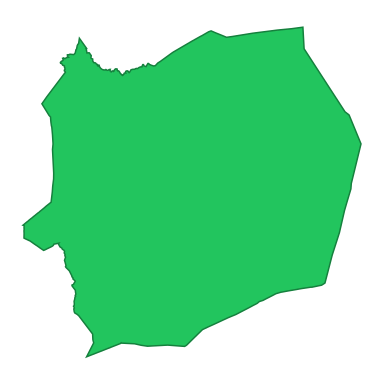 outline of San Esteban Atatlahuca, Oaxaca, Mexico
{"feature_id": "50627088B77951750237496", "entity_name": "San Esteban Atatlahuca", "entity_type": "district", "adm_level": 2, "iso_a3": "MEX", "parent_name": "Mexico", "parent_adm1": "Oaxaca", "projection": "albers", "projection_center": [-97.721, 17.074], "detail": "fine", "context": "isolated", "style": "filled", "palette": "green", "viewbox_px": 384, "rotation_deg": 0, "n_neighbors": 0, "source": "geoboundaries", "source_scale": "gbopen_adm2", "svg_char_len": 4425}
<svg xmlns="http://www.w3.org/2000/svg" viewBox="0 0 384 384"><path d="M304.1,48.8L302.9,27.2L291.7,28.7L277.3,30.1L252.8,33.2L232.4,36.5L226.5,37.3L223.2,35.9L219.0,34.2L215.5,32.8L211.1,30.9L208.6,31.8L201.7,35.8L201.1,36.1L200.8,36.2L191.7,41.3L183.0,46.4L173.4,52.0L171.9,53.0L164.2,58.6L160.2,61.5L157.8,63.0L155.3,65.7L155.1,65.7L153.7,66.0L152.8,65.7L151.5,65.3L149.6,64.5L148.6,63.5L147.9,63.5L146.0,66.6L144.0,65.9L143.5,64.6L142.8,64.6L142.3,65.5L142.0,66.8L140.6,66.9L139.2,67.4L138.5,67.9L137.4,68.6L136.3,68.4L135.5,68.7L134.5,69.3L132.7,69.3L132.1,69.5L131.1,69.7L130.2,71.1L129.9,71.8L129.1,72.6L128.6,72.0L128.3,71.4L128.1,71.5L127.5,70.9L126.7,70.9L125.9,71.2L125.6,71.7L125.5,72.1L125.4,72.6L125.6,73.0L125.1,72.9L124.5,73.1L124.1,73.3L124.0,73.7L124.0,74.1L123.4,74.5L123.2,75.0L122.6,75.5L122.1,75.3L121.9,74.6L121.2,74.4L120.9,73.8L120.4,73.5L119.5,71.9L118.7,70.9L118.2,70.8L117.8,70.9L117.3,70.4L117.1,69.0L115.8,68.8L114.9,69.3L114.4,69.9L114.1,70.8L113.6,71.4L112.9,70.8L111.2,71.9L110.8,71.0L109.9,70.7L109.9,70.1L110.2,69.4L109.2,69.5L108.2,70.2L107.1,70.4L105.9,69.5L105.4,70.0L103.5,69.9L101.9,69.3L100.5,68.1L99.6,66.8L99.1,65.2L98.3,65.3L98.0,66.0L97.5,65.6L97.7,64.7L97.4,64.4L96.6,64.3L95.6,63.0L94.7,62.7L93.9,62.7L93.3,61.9L92.8,61.3L92.7,59.0L91.3,58.4L90.9,57.6L91.0,57.0L91.2,56.2L91.2,55.4L90.6,54.8L89.4,52.9L88.9,52.8L86.9,52.9L86.6,50.7L86.2,49.9L86.7,48.6L86.0,48.3L86.3,48.0L79.4,38.3L78.6,43.6L77.8,44.4L77.2,45.7L76.6,48.9L76.4,49.2L76.0,49.6L75.3,52.6L75.1,53.1L74.8,53.6L73.7,54.6L72.0,54.4L70.9,54.3L69.9,54.2L68.8,54.9L68.4,54.7L67.4,54.8L67.5,56.4L68.4,57.3L67.3,57.4L65.9,58.0L64.9,58.7L63.7,57.9L62.6,58.3L63.2,59.8L62.8,60.6L62.1,60.9L61.7,61.2L61.1,61.5L60.8,62.1L60.4,62.4L60.6,63.3L61.6,63.5L62.7,65.2L64.4,65.9L64.4,67.1L64.8,67.6L65.0,69.4L64.4,70.0L64.3,70.8L65.1,71.5L65.4,72.2L46.8,96.8L41.9,103.8L46.9,111.9L49.1,115.5L50.5,116.9L50.7,119.7L50.9,122.0L51.4,125.7L51.8,127.1L52.5,134.9L53.0,143.1L53.0,144.4L52.5,149.5L53.0,159.2L53.5,169.1L53.7,173.2L53.6,179.0L52.7,186.4L52.3,192.0L51.1,202.2L46.1,206.2L44.2,207.9L39.8,211.5L39.0,212.3L37.9,213.0L37.7,213.2L35.7,214.8L35.3,215.2L34.2,216.0L33.4,216.7L32.6,217.3L32.1,217.8L31.4,218.3L31.0,218.6L30.5,219.0L29.9,219.5L29.1,220.1L28.5,220.7L27.7,221.4L27.1,221.8L26.6,222.2L25.9,222.8L25.4,223.2L24.6,223.9L23.9,224.5L23.0,225.2L24.1,225.5L24.1,226.8L24.0,228.1L24.2,228.9L24.0,230.3L24.0,232.0L24.1,232.9L24.0,237.5L24.0,238.1L24.7,238.5L25.1,238.6L25.5,238.9L26.2,239.2L26.9,239.5L27.1,239.6L27.4,239.8L27.7,239.8L27.9,239.9L28.3,240.2L28.7,240.4L29.1,240.5L29.7,240.8L29.9,240.9L30.1,241.0L30.4,241.2L31.0,241.6L31.3,241.9L31.7,242.1L32.5,242.7L33.3,243.3L34.1,243.8L34.4,244.1L35.1,244.5L35.3,244.6L35.6,244.9L36.9,245.7L38.0,246.5L39.0,247.2L40.2,248.1L40.7,248.4L41.4,248.9L42.6,249.7L43.6,250.4L44.1,250.2L45.1,249.8L46.0,249.3L46.5,249.1L47.4,248.6L47.9,248.4L48.5,248.1L48.8,247.9L49.4,247.7L50.2,247.3L51.2,246.8L51.6,246.6L52.3,246.2L52.6,245.9L53.0,245.7L53.3,245.3L53.5,245.1L53.8,244.2L58.8,243.2L58.3,243.8L59.0,245.1L60.0,246.9L61.8,248.1L62.4,249.3L63.9,250.2L64.6,251.6L64.2,252.9L65.1,254.6L64.9,255.3L64.9,255.9L65.4,256.6L65.5,257.3L64.5,260.3L65.0,261.9L66.0,265.7L65.5,266.7L66.1,267.6L69.3,270.8L71.9,276.0L71.9,276.7L73.1,278.1L72.9,278.9L74.9,280.7L75.2,281.4L74.0,283.3L73.5,284.4L72.0,285.0L72.0,285.8L73.3,287.6L75.3,290.2L75.6,292.8L75.9,294.1L75.2,295.4L75.6,296.3L75.0,297.0L74.7,299.2L74.1,301.3L74.3,303.7L74.2,305.5L73.5,306.2L74.4,308.0L73.8,308.9L74.2,311.6L74.7,312.9L77.2,314.4L78.8,315.8L92.6,334.0L92.9,339.8L93.7,342.9L86.6,356.8L120.7,343.4L121.2,342.8L121.5,343.1L134.7,343.8L137.3,344.4L141.3,345.3L147.5,346.2L167.6,345.1L184.6,346.4L185.5,345.9L186.3,345.4L186.8,345.0L194.2,337.7L202.5,329.6L207.3,327.3L210.4,325.9L213.7,324.4L217.6,322.6L223.8,319.7L225.6,318.9L227.9,317.8L232.7,315.8L235.9,314.5L242.2,311.2L247.8,308.3L251.4,306.4L253.4,305.3L255.6,304.2L257.1,303.4L258.0,302.7L258.5,302.2L259.5,301.5L263.0,300.4L266.6,298.5L268.6,297.5L272.3,295.6L275.9,293.7L281.0,292.2L282.3,292.0L287.1,291.1L289.4,290.7L292.3,290.2L296.4,289.5L299.7,288.9L302.0,288.5L310.7,287.2L311.9,287.2L317.2,286.1L318.1,285.9L321.6,285.2L324.9,283.1L324.9,282.7L325.1,282.5L332.2,255.1L339.4,232.7L344.4,211.0L344.4,210.9L346.8,202.6L350.9,188.9L351.3,183.5L361.0,143.9L349.1,115.0L345.0,111.8L330.1,88.9L304.1,48.8Z" fill="#22c55e" stroke="#15803d" stroke-width="1.5"/></svg>